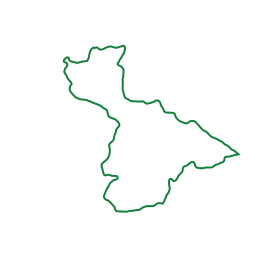 outline of Bohechio, San Juan, Dominican Republic, rotated 138°
{"feature_id": "3306468B96171292047706", "entity_name": "Bohechio", "entity_type": "district", "adm_level": 2, "iso_a3": "DOM", "parent_name": "Dominican Republic", "parent_adm1": "San Juan", "projection": "orthographic", "projection_center": [-71.007, 18.905], "detail": "fine", "context": "isolated", "style": "outline", "palette": "green", "viewbox_px": 256, "rotation_deg": 138, "n_neighbors": 0, "source": "geoboundaries", "source_scale": "gbopen_adm2", "svg_char_len": 5773}
<svg xmlns="http://www.w3.org/2000/svg" viewBox="0 0 256 256"><g transform="rotate(138 128 128)"><path d="M190.8,78.6L191.2,77.7L191.9,76.5L192.2,75.9L192.3,74.9L192.2,74.3L192.1,74.0L191.5,73.1L190.7,72.3L186.5,68.1L185.1,66.9L184.2,66.2L182.5,65.4L179.8,63.3L179.2,62.9L177.5,62.0L175.5,60.4L174.6,59.8L173.5,59.4L170.4,59.1L169.3,58.7L165.9,57.1L165.0,56.3L162.4,53.8L161.4,53.1L161.0,52.9L160.3,52.7L157.2,52.4L156.4,52.2L156.1,52.0L155.2,51.4L154.4,50.6L153.6,49.7L152.7,48.5L151.6,48.9L149.8,49.5L147.9,50.5L146.5,51.1L144.6,52.1L141.5,52.8L138.3,54.3L137.7,54.8L137.0,55.6L135.9,57.6L135.2,58.5L134.5,59.5L132.8,61.2L132.2,61.7L131.6,62.0L130.9,62.0L130.6,61.9L130.3,61.7L130.1,61.4L129.9,60.8L129.8,58.8L129.6,58.2L129.4,57.9L129.1,57.6L128.5,57.4L127.4,57.2L126.2,57.3L125.4,57.5L124.7,57.7L123.1,58.5L122.4,58.7L121.2,58.9L118.4,59.0L117.2,59.2L116.8,59.3L116.1,59.7L114.3,61.2L113.6,61.6L112.9,61.8L112.2,61.8L111.5,61.7L109.9,60.9L109.2,60.7L108.0,60.6L105.1,60.5L104.0,60.3L103.3,60.0L102.7,59.6L102.3,59.0L102.2,58.7L102.1,57.9L102.2,57.2L103.1,55.4L103.4,54.3L103.4,53.5L103.3,52.7L103.2,52.3L102.8,51.6L102.3,51.0L101.5,50.1L99.7,48.4L98.7,47.7L97.0,46.8L96.4,46.4L95.4,45.6L93.4,43.7L92.8,43.2L92.1,42.7L91.8,42.5L91.0,42.3L88.3,42.0L87.5,41.9L86.8,41.6L85.2,40.8L82.6,40.2L80.6,39.3L79.9,39.1L79.2,39.2L78.5,39.4L77.8,39.8L76.7,40.7L76.1,41.1L75.4,41.3L75.1,41.2L74.8,41.1L74.1,40.8L72.6,39.6L72.0,39.1L70.6,38.4L68.7,37.3L67.0,36.6L65.4,35.6L63.5,34.5L64.1,39.4L64.3,40.2L65.0,41.8L65.3,42.5L65.5,43.8L65.6,46.4L65.7,47.7L65.9,48.5L66.6,50.1L66.9,50.8L67.0,51.6L67.3,54.0L67.4,54.7L67.7,55.4L68.4,57.1L69.2,60.1L70.2,62.0L70.8,63.4L71.6,65.0L72.0,66.2L72.1,67.4L72.2,71.3L72.3,72.6L72.6,73.7L73.4,75.3L73.6,76.1L73.7,77.0L73.8,79.6L73.7,85.8L73.8,87.0L73.9,87.9L74.2,88.7L74.7,89.4L75.2,90.0L76.2,90.8L76.9,91.2L77.6,91.5L78.4,91.7L80.2,91.8L81.2,92.1L81.5,92.3L82.0,92.8L83.1,94.5L83.4,95.2L84.0,96.6L85.0,98.5L85.2,99.4L85.3,100.2L85.3,102.0L85.2,103.7L84.9,104.9L84.3,106.1L84.0,106.8L84.0,107.5L84.1,108.3L84.4,109.0L84.9,109.6L85.7,110.5L88.8,113.4L89.5,114.4L89.8,115.1L90.0,115.9L89.9,116.6L88.9,118.9L88.8,119.6L88.5,122.0L88.3,122.7L88.0,123.4L87.2,125.0L87.0,125.8L87.0,127.0L87.1,127.7L87.2,128.1L87.4,128.4L87.9,129.0L88.8,129.6L89.5,129.9L91.4,130.2L92.1,130.5L93.7,131.3L95.4,132.0L97.7,133.5L98.0,133.8L98.3,134.4L98.4,135.1L98.7,136.8L98.9,137.5L99.0,137.7L99.5,138.2L101.0,139.3L103.2,141.3L106.3,144.4L107.1,145.4L107.7,146.0L108.2,147.1L108.7,149.4L109.7,151.6L109.8,152.4L109.7,152.8L109.6,153.5L108.8,155.0L108.2,156.4L107.1,158.3L106.5,159.7L106.0,160.4L104.9,161.7L101.4,165.3L100.7,166.2L99.7,167.6L97.9,168.8L96.1,170.4L93.4,173.1L92.8,173.7L92.4,174.4L92.2,174.8L92.0,175.5L91.9,176.3L91.9,177.6L92.0,178.3L92.2,179.1L93.1,181.2L93.2,181.9L93.1,182.2L92.9,182.5L92.4,182.9L90.4,183.3L88.5,184.2L85.8,184.8L85.1,185.0L83.5,185.8L80.8,186.3L80.1,186.6L78.8,187.6L77.3,188.9L76.3,190.0L76.1,190.7L76.0,191.0L76.1,191.4L76.4,192.0L76.9,192.4L77.5,192.8L78.8,193.3L80.4,194.1L81.8,194.7L82.5,195.2L83.2,195.7L84.0,196.6L84.5,197.2L84.9,197.9L85.4,198.9L85.8,199.6L86.2,200.1L86.8,200.6L87.4,201.0L90.4,202.4L91.1,202.6L93.0,203.0L93.7,203.2L95.5,204.3L96.1,204.7L96.3,204.9L96.6,205.6L97.0,208.0L97.2,208.6L97.7,209.1L98.2,209.4L99.1,209.7L99.6,210.0L99.9,210.5L100.1,211.1L102.1,211.0L102.9,210.9L103.6,210.7L107.0,209.0L109.5,206.9L110.2,206.5L112.7,205.4L113.3,205.3L113.7,205.3L114.0,205.5L114.6,205.9L116.2,207.1L116.8,207.5L118.2,208.2L119.8,209.1L121.5,209.9L122.0,210.3L122.6,210.8L123.0,211.4L123.9,213.1L125.6,215.3L126.0,216.0L126.1,216.4L126.2,216.7L126.2,217.5L126.0,218.1L125.3,219.5L125.2,220.1L125.3,220.5L125.5,220.8L125.8,221.0L126.1,221.2L126.7,221.4L127.8,221.5L129.0,221.5L130.1,221.3L130.7,221.0L130.9,220.8L131.1,220.5L131.2,220.2L131.1,219.5L130.3,217.9L130.2,217.2L130.3,216.4L130.4,216.1L130.6,215.8L131.1,215.3L131.7,214.9L132.1,214.8L134.3,214.4L135.0,214.2L137.1,213.0L137.6,212.6L137.8,212.3L138.1,211.6L138.5,208.6L138.7,207.9L139.4,206.3L139.6,205.4L139.7,204.2L139.8,200.4L140.0,199.3L140.3,198.6L140.6,198.4L141.2,198.2L142.9,197.8L143.6,197.4L144.3,196.9L145.2,196.1L145.7,195.4L146.1,194.7L146.2,194.3L146.4,193.5L146.5,192.2L146.5,188.8L146.4,186.7L146.3,185.8L146.1,185.0L145.8,184.4L145.1,183.1L144.5,181.7L144.0,181.0L143.5,180.4L141.0,177.7L140.1,176.5L139.5,175.1L138.4,173.2L137.8,171.7L136.8,169.8L136.2,168.4L135.1,166.5L134.5,165.1L133.7,163.5L133.4,162.8L133.3,162.0L132.9,159.2L132.7,158.5L131.9,156.6L131.9,156.2L131.9,155.5L131.9,155.1L132.2,154.5L134.3,150.3L134.5,149.6L134.5,148.9L134.4,148.5L134.2,147.8L133.5,146.6L132.9,145.2L132.0,143.6L131.6,142.5L131.5,141.3L131.4,139.7L131.4,138.5L131.6,137.3L131.8,137.0L132.2,136.3L132.7,135.8L133.4,135.5L134.1,135.2L136.7,135.0L137.7,134.7L138.8,133.8L140.0,133.1L141.5,132.2L143.3,131.4L145.5,129.6L146.5,129.0L147.3,128.8L148.1,128.7L151.7,128.6L152.4,128.4L153.1,128.1L153.7,127.7L154.2,127.2L154.5,126.5L155.2,125.2L155.9,124.2L156.7,123.3L157.8,122.2L158.7,121.4L159.3,120.9L162.7,119.2L163.4,119.0L164.6,118.8L166.3,118.8L169.7,118.9L171.0,118.8L171.7,118.7L172.0,118.5L172.6,118.1L174.0,115.8L174.8,114.0L175.9,112.1L176.9,109.9L177.0,109.3L177.0,109.0L176.8,108.4L176.4,107.9L175.9,107.5L174.4,106.7L173.6,106.0L173.1,105.4L172.4,104.1L172.0,103.4L171.2,102.5L169.0,100.3L168.6,99.7L168.5,99.4L168.4,99.0L168.5,98.7L168.6,98.4L168.8,98.1L169.3,97.7L169.7,97.5L170.4,97.5L171.1,97.6L172.9,98.5L174.0,98.9L175.2,99.0L176.5,99.0L177.7,99.0L178.5,98.9L179.2,98.7L180.9,97.9L181.6,97.7L184.2,97.0L186.1,96.1L187.5,95.5L189.1,94.7L190.5,94.1L191.4,93.5L191.9,92.9L192.3,92.3L192.5,91.6L192.5,90.8L192.5,90.0L192.3,89.3L191.3,87.3L191.1,86.1L190.9,84.4L190.9,80.9L190.8,78.6Z" fill="none" stroke="#15803d" stroke-width="2"/></g></svg>